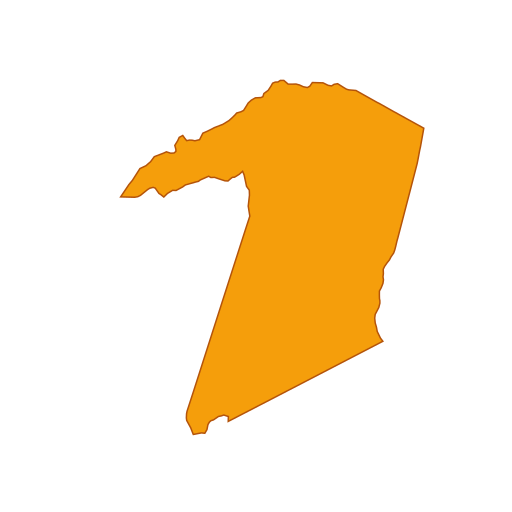 Tacaratu, Pernambuco, Brazil (Mercator projection), rotated 198°
{"feature_id": "56859067B10052664253182", "entity_name": "Tacaratu", "entity_type": "district", "adm_level": 2, "iso_a3": "BRA", "parent_name": "Brazil", "parent_adm1": "Pernambuco", "projection": "mercator", "projection_center": [-38.018, -8.913], "detail": "fine", "context": "isolated", "style": "filled", "palette": "amber", "viewbox_px": 512, "rotation_deg": 198, "n_neighbors": 0, "source": "geoboundaries", "source_scale": "gbopen_adm2", "svg_char_len": 2227}
<svg xmlns="http://www.w3.org/2000/svg" viewBox="0 0 512 512"><g transform="rotate(198 256 256)"><path d="M231.3,90.1L208.1,113.6L185.1,136.9L109.0,214.1L112.3,216.4L117.4,221.7L119.5,225.6L121.9,229.1L123.9,233.6L124.6,237.3L123.3,245.0L123.6,249.4L124.4,251.8L125.4,253.6L126.6,257.0L127.8,260.8L127.1,264.5L126.8,269.2L127.4,272.7L128.8,275.5L129.4,278.6L130.9,282.7L130.5,285.8L129.2,290.1L127.9,293.5L127.4,296.6L126.8,298.7L126.0,301.3L125.9,304.6L126.1,308.2L126.6,314.2L126.7,317.1L129.7,367.4L131.3,393.7L131.9,398.8L133.0,407.2L133.3,410.5L133.7,413.4L135.9,429.4L164.4,434.9L166.7,435.4L169.2,435.8L174.1,436.8L186.0,439.2L188.2,439.5L203.2,442.5L212.1,444.3L219.0,442.7L221.4,442.6L224.5,443.3L231.6,445.1L234.8,443.4L236.7,441.1L240.2,440.6L245.7,441.4L256.0,438.4L257.3,434.1L259.2,432.1L263.3,431.6L267.5,432.1L271.1,431.9L273.9,430.9L278.5,429.4L283.8,431.6L287.1,430.5L288.9,428.3L291.5,427.3L293.6,425.5L294.3,422.0L295.6,417.3L298.7,413.0L298.7,409.6L300.3,408.2L305.5,406.2L308.6,402.8L310.7,399.1L311.7,394.9L312.8,390.6L314.9,388.5L318.6,386.0L319.5,383.8L321.6,379.8L323.5,376.5L328.2,371.0L335.3,365.2L337.1,363.3L341.0,359.5L344.5,356.4L345.6,349.2L349.7,346.7L352.5,346.4L355.0,345.7L357.6,344.3L360.2,346.0L362.9,348.0L365.7,345.1L366.1,341.5L367.4,336.1L365.2,332.7L364.5,330.7L365.8,328.6L368.9,327.4L373.4,327.4L375.8,325.2L383.4,319.1L384.2,316.7L385.4,313.1L387.0,310.5L388.5,307.9L393.4,303.3L396.9,289.8L398.9,284.8L402.0,273.9L403.0,270.4L389.5,274.4L386.7,275.9L384.6,278.0L379.6,285.7L378.0,287.6L375.0,289.5L372.8,289.4L367.6,285.5L365.6,285.0L361.9,283.6L359.5,288.2L355.6,292.7L352.3,293.6L347.1,299.0L345.1,301.8L336.1,307.8L333.8,309.2L332.5,311.1L325.7,317.2L323.2,316.7L319.7,318.0L315.3,317.9L308.7,317.9L305.8,318.7L304.4,321.1L302.8,323.5L300.8,324.3L299.2,326.1L297.2,328.5L294.9,332.4L292.4,329.5L286.5,319.3L282.7,316.5L281.0,311.8L278.8,301.0L274.2,292.0L274.2,279.2L274.1,246.4L273.9,184.2L273.6,108.2L273.6,87.0L273.3,84.5L272.2,80.5L271.1,78.2L264.9,72.3L263.3,70.3L260.5,66.9L253.2,70.9L249.9,71.6L249.0,75.7L249.6,80.8L249.0,83.6L248.0,85.4L245.8,87.0L242.1,91.8L239.6,93.2L237.5,94.8L232.7,94.8L231.3,90.1Z" fill="#f59e0b" stroke="#b45309" stroke-width="1.5"/></g></svg>